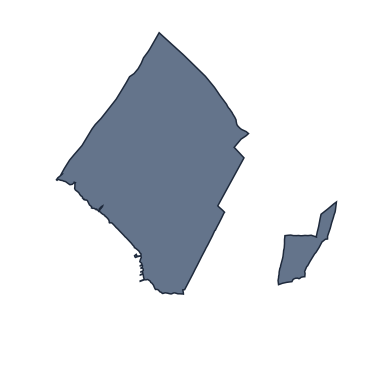 Aana Alofi III, Aiga-i-le-Tai, Samoa (Equal Earth projection), rotated 227°
{"feature_id": "51752279B31519013517302", "entity_name": "Aana Alofi III", "entity_type": "district", "adm_level": 2, "iso_a3": "WSM", "parent_name": "Samoa", "parent_adm1": "Aiga-i-le-Tai", "projection": "equal_earth", "projection_center": [-172.012, -13.853], "detail": "fine", "context": "isolated", "style": "filled", "palette": "slate", "viewbox_px": 384, "rotation_deg": 227, "n_neighbors": 0, "source": "geoboundaries", "source_scale": "gbopen_adm2", "svg_char_len": 3731}
<svg xmlns="http://www.w3.org/2000/svg" viewBox="0 0 384 384"><g transform="rotate(227 192 192)"><path d="M293.4,101.2L292.6,101.3L292.6,102.1L292.2,102.9L290.2,103.9L288.7,105.1L287.2,105.7L285.9,106.6L281.3,107.5L280.6,107.7L279.3,109.6L279.2,111.9L279.5,112.5L278.3,113.1L278.0,112.1L275.8,110.0L275.1,109.1L274.5,108.5L273.0,108.1L269.9,108.6L268.6,108.7L266.8,108.3L265.0,108.1L263.9,108.5L262.7,108.3L262.3,107.8L261.7,107.9L260.4,107.7L260.0,108.4L259.2,108.2L258.0,109.4L257.0,109.6L252.5,108.2L251.3,108.4L249.6,108.5L248.9,107.6L247.8,108.2L246.8,109.3L245.5,109.6L244.7,110.4L244.4,109.9L243.3,110.7L241.6,110.6L241.9,111.9L242.9,112.8L243.1,115.8L242.8,117.2L242.3,116.3L242.4,115.3L242.0,114.4L242.1,113.3L241.4,111.5L241.0,110.9L239.3,111.4L238.7,111.2L236.6,111.6L234.6,112.2L233.3,111.9L232.8,112.2L230.1,112.3L228.1,112.0L226.8,111.3L226.0,110.6L225.4,110.8L224.9,111.8L223.8,112.3L220.9,112.4L217.7,112.3L215.9,112.5L212.1,112.5L206.8,112.6L204.9,112.5L203.5,112.7L199.7,112.7L195.9,112.7L193.9,112.5L191.7,112.5L190.5,111.9L189.8,112.3L187.2,112.7L185.0,112.9L182.8,112.4L181.5,112.5L180.2,111.2L182.0,108.6L182.8,108.1L184.4,108.7L184.6,106.5L183.4,106.0L182.6,106.1L182.2,107.4L180.5,110.4L179.8,110.8L178.7,110.3L177.8,108.2L176.6,106.3L174.5,106.6L173.4,106.1L173.0,105.6L173.5,104.0L173.2,103.8L172.6,105.7L171.8,105.5L170.9,104.3L171.2,102.8L170.9,102.7L170.5,104.0L169.0,103.7L167.9,102.9L167.9,101.6L168.6,100.4L168.3,100.1L167.6,101.3L166.8,101.1L166.0,100.5L166.0,99.8L166.7,97.8L166.5,97.6L165.5,99.9L165.1,100.1L162.3,98.2L160.8,97.6L160.8,97.1L162.3,93.4L162.0,93.2L160.3,97.3L159.1,98.5L158.4,99.8L157.5,100.2L155.2,100.6L154.0,100.2L152.6,100.5L150.3,100.3L147.3,99.2L145.6,98.8L144.9,99.7L144.1,100.3L142.8,100.6L141.1,100.4L139.3,101.2L138.2,101.1L137.7,101.4L136.6,103.6L134.6,105.2L133.4,105.9L131.8,107.1L131.4,107.7L130.7,109.7L130.0,110.6L127.1,112.3L126.0,113.5L123.5,115.9L123.2,116.1L124.0,116.8L126.7,118.5L125.6,120.0L128.7,128.8L131.7,137.3L133.3,141.5L134.9,146.1L138.3,155.2L140.7,162.1L141.5,164.1L142.5,167.3L146.1,177.1L147.1,179.5L148.3,182.5L148.1,183.0L149.4,186.3L150.8,190.4L153.1,196.6L154.7,200.6L155.0,202.0L158.1,201.9L162.2,201.5L164.3,201.4L181.5,253.3L195.9,253.3L197.2,264.0L196.5,268.1L196.2,270.2L196.2,273.2L199.3,272.8L204.0,270.9L205.9,270.6L208.3,270.5L209.8,270.6L211.1,271.0L213.4,272.4L214.7,273.4L217.6,274.3L221.2,275.0L222.9,275.5L227.2,276.1L228.7,276.1L230.7,276.5L232.6,277.1L243.8,278.3L246.8,278.8L253.3,279.8L267.5,280.7L297.8,279.3L314.5,277.9L328.2,276.8L330.9,276.6L325.3,258.5L324.5,255.3L323.2,248.1L320.7,242.5L318.9,236.7L318.1,230.4L318.9,225.0L316.9,218.8L314.2,209.3L311.6,199.9L308.9,182.7L307.8,175.5L307.3,167.3L306.3,161.9L303.9,153.5L301.0,143.2L300.3,136.9L299.7,131.2L298.8,124.2L296.3,114.8L294.2,108.4L293.6,109.1L293.6,107.6L293.9,103.7L293.4,101.2ZM86.2,290.8L86.6,287.6L87.0,279.4L87.7,271.2L84.9,267.2L80.4,261.1L78.7,258.5L77.3,256.3L75.5,253.8L75.2,253.1L74.2,252.3L79.1,249.7L81.0,247.1L83.2,245.0L84.7,243.0L85.7,241.8L87.6,240.2L88.8,238.7L91.0,236.4L93.1,234.9L94.5,233.2L96.7,230.2L95.8,229.2L94.2,227.3L92.2,225.4L91.2,224.5L88.1,221.2L86.5,218.8L85.7,218.0L82.8,214.6L81.3,212.4L77.7,206.6L76.9,205.7L76.2,204.1L74.0,201.1L72.3,199.4L71.3,197.9L70.4,197.0L68.6,194.6L65.2,192.1L63.5,196.0L61.3,199.7L59.1,202.8L58.3,203.9L59.1,206.3L58.9,207.4L58.3,208.9L57.0,210.5L55.6,211.1L55.3,212.0L55.2,213.7L54.0,215.7L53.1,216.7L55.0,218.8L55.5,219.3L57.0,220.1L59.2,225.0L59.2,226.3L60.7,230.8L63.1,239.4L63.3,241.6L64.7,246.9L66.8,252.9L66.5,257.4L65.5,258.6L65.2,259.1L67.3,261.1L71.2,268.4L74.2,273.1L77.0,278.1L78.5,280.5L79.7,282.9L80.9,284.5L86.2,290.8Z" fill="#64748b" stroke="#1e293b" stroke-width="1.5"/></g></svg>